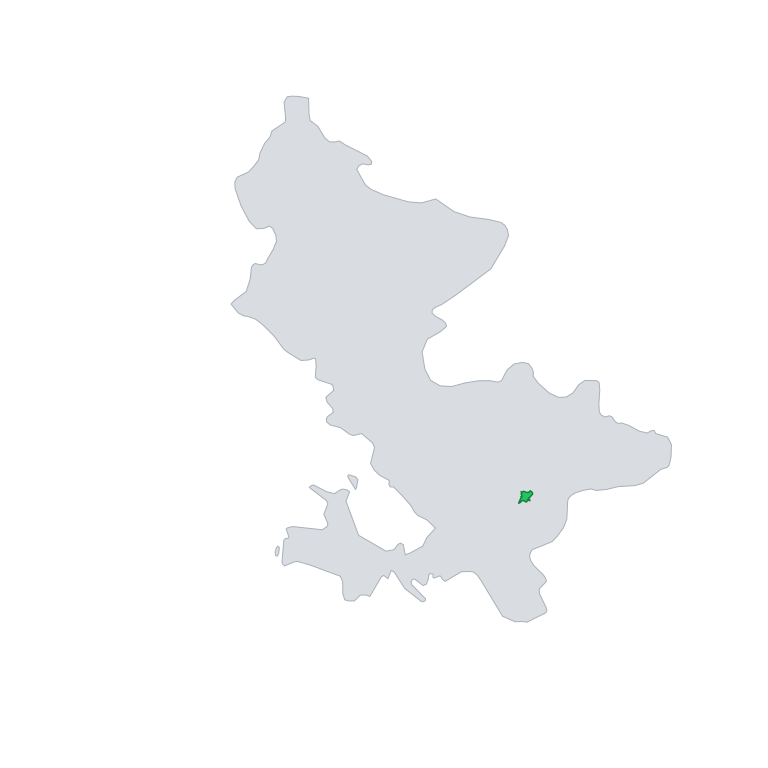 Tajikistan, with Dushanbe highlighted, rotated 228°
{"feature_id": "TJK-5491", "entity_name": "Dushanbe", "entity_type": "Independent City", "adm_level": 1, "iso_a3": "TJK", "parent_name": "Tajikistan", "parent_adm1": "", "projection": "orthographic", "projection_center": [68.769, 38.564], "detail": "fine", "context": "in_parent", "style": "filled", "palette": "green", "viewbox_px": 768, "rotation_deg": 228, "n_neighbors": 0, "source": "natural_earth", "source_scale": "10m", "svg_char_len": 4279}
<svg xmlns="http://www.w3.org/2000/svg" viewBox="0 0 768 768"><g transform="rotate(228 384 384)"><path d="M132.5,538.9L135.4,532.3L136.8,510.4L140.4,502.8L151.1,489.3L156.7,478.9L162.9,470.5L167.4,467.7L171.6,461.1L175.0,453.5L175.9,448.7L175.7,445.0L174.4,442.5L161.1,429.3L157.1,421.1L154.9,410.6L154.4,403.3L161.7,383.2L160.6,379.9L158.6,376.8L154.4,374.8L148.4,373.9L135.0,374.7L129.8,373.5L128.5,372.2L128.0,363.1L126.7,361.1L124.4,359.3L109.3,354.9L106.3,353.1L105.8,350.7L111.5,330.6L113.8,329.1L119.7,322.3L132.1,316.7L172.9,324.6L179.6,325.5L184.1,324.8L187.2,322.4L192.7,315.9L196.4,297.4L199.8,296.7L203.2,297.6L204.7,295.9L206.1,291.5L207.5,291.0L209.9,293.3L212.4,291.2L212.1,289.4L209.4,286.3L206.9,281.6L208.0,278.2L218.5,276.3L219.6,274.6L219.2,271.9L216.4,270.4L196.5,271.1L195.3,269.4L195.9,267.6L197.4,266.2L218.2,262.6L237.3,265.7L240.6,264.7L236.7,256.6L241.9,255.8L242.5,253.0L235.6,231.3L239.3,229.4L243.0,225.1L242.6,217.0L245.9,213.1L249.8,210.4L255.6,213.0L264.6,220.9L270.4,222.9L299.3,207.7L309.9,201.1L311.7,198.6L315.2,188.7L317.2,188.0L319.9,189.0L335.1,205.3L335.1,207.6L333.6,209.3L333.9,210.9L341.7,214.3L341.7,215.9L339.2,220.7L316.9,240.7L316.2,247.0L318.1,249.0L327.5,252.2L332.5,262.1L336.0,263.2L357.0,259.3L357.3,261.0L356.3,264.0L342.1,269.4L335.6,273.9L334.4,281.6L332.7,283.8L329.8,285.7L326.9,286.2L322.3,277.3L288.5,263.9L258.3,273.7L254.1,280.7L255.5,287.1L254.7,289.9L251.6,290.8L242.9,285.5L241.0,290.1L237.6,304.4L241.2,313.0L242.5,325.8L254.1,325.0L263.5,321.2L268.3,321.0L275.6,322.6L288.5,322.8L301.1,322.2L303.5,319.7L306.2,320.5L308.7,323.4L319.0,319.7L326.6,319.1L334.1,321.0L343.1,334.5L347.8,336.1L362.2,334.2L366.2,326.7L369.8,324.8L380.6,322.5L389.6,316.6L394.2,316.0L396.6,317.8L397.6,320.4L396.9,327.2L399.9,329.4L408.8,329.7L413.0,331.8L412.9,342.3L416.7,344.8L418.6,345.0L431.4,337.7L435.0,337.5L442.6,345.5L448.6,350.1L450.0,349.3L452.4,343.9L457.1,338.0L471.3,333.8L476.7,332.8L493.0,334.4L509.6,333.5L518.3,331.9L525.2,328.1L528.7,325.2L534.4,323.3L545.7,323.8L546.3,328.5L545.0,343.7L551.5,354.7L559.4,363.6L560.2,366.6L559.6,369.1L555.2,371.8L553.7,374.4L553.1,377.4L554.7,380.7L558.0,391.2L561.8,399.4L566.7,403.1L574.0,405.3L577.9,404.6L580.4,398.2L584.7,393.1L595.1,392.7L612.1,397.0L628.9,404.1L633.9,408.3L635.9,413.3L632.2,425.3L632.9,432.8L634.4,440.7L638.6,446.4L642.7,456.3L643.9,464.7L647.0,470.0L644.8,485.7L646.6,488.2L660.3,498.3L662.2,504.1L659.6,508.1L654.8,513.0L646.8,519.2L634.5,508.6L629.2,505.5L619.6,507.2L606.8,504.7L600.5,505.4L596.7,509.5L594.3,513.6L587.9,515.1L564.7,524.1L557.8,523.8L555.8,521.9L557.2,519.1L562.0,515.4L562.9,511.1L561.8,507.3L544.4,503.4L537.3,504.6L525.2,510.1L503.1,523.9L493.5,533.0L486.9,546.3L465.4,551.3L450.9,559.4L435.9,572.1L426.0,578.9L421.1,580.0L416.1,579.0L411.0,575.9L405.9,565.9L398.1,540.5L402.0,497.3L404.5,479.7L406.7,473.4L406.7,469.3L404.5,467.2L399.9,467.5L393.0,470.0L388.0,470.6L385.0,469.1L385.1,461.0L388.3,446.2L382.5,433.9L367.7,424.3L355.3,421.1L345.2,424.4L336.9,432.5L330.2,445.6L323.2,456.3L315.9,464.6L308.9,470.2L307.9,473.7L312.0,484.6L311.9,493.8L307.5,501.3L302.6,504.9L297.2,504.6L292.9,503.0L289.7,499.9L281.1,499.2L267.1,500.7L257.5,504.5L252.4,510.6L250.9,518.5L253.2,528.3L252.1,535.9L244.2,544.2L241.4,544.9L235.2,540.4L225.8,530.7L219.3,525.4L215.8,524.6L211.7,526.1L209.5,530.3L206.4,531.5L202.2,530.6L198.3,531.4L196.0,534.5L189.4,538.2L177.9,542.3L171.5,546.8L170.4,551.5L168.7,553.6L165.2,552.8L154.7,559.2L146.7,557.1L137.9,548.7L133.0,541.8L132.5,538.9ZM340.1,297.2L333.9,300.8L330.3,300.5L325.3,294.1L324.8,292.3L337.4,294.5L339.8,295.4L340.1,297.2ZM334.5,196.6L332.5,196.8L328.7,192.6L327.4,189.6L328.9,188.7L332.1,190.7L334.3,194.4L334.5,196.6Z" fill="#d9dde1" stroke="#a8b0b8" stroke-width="1"/><path d="M205.2,404.5L205.8,405.1L206.3,406.5L207.0,407.8L207.5,409.1L207.8,410.5L208.5,410.4L208.4,411.5L209.2,411.9L210.4,412.2L210.8,413.4L212.0,413.7L211.2,415.0L210.7,416.1L208.6,417.0L206.7,418.8L206.8,420.3L206.7,421.2L205.4,421.5L204.0,421.6L202.7,420.7L202.5,418.7L202.6,417.3L201.9,416.3L202.4,415.2L201.9,414.1L200.3,414.8L199.8,414.3L201.7,413.0L201.0,411.4L201.3,410.6L202.8,410.1L204.7,409.1L205.1,408.1L204.8,406.4L204.9,405.2L205.2,404.5Z" fill="#22c55e" stroke="#15803d" stroke-width="1.5"/></g></svg>